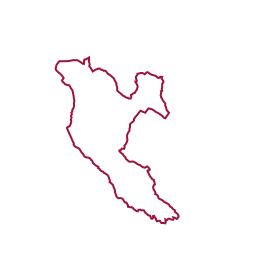 Indiara, Goiás, Brazil (Equal Earth projection), rotated 309°
{"feature_id": "56859067B57981845225789", "entity_name": "Indiara", "entity_type": "district", "adm_level": 2, "iso_a3": "BRA", "parent_name": "Brazil", "parent_adm1": "Goiás", "projection": "equal_earth", "projection_center": [-49.96, -17.208], "detail": "fine", "context": "isolated", "style": "outline", "palette": "rose", "viewbox_px": 256, "rotation_deg": 309, "n_neighbors": 0, "source": "geoboundaries", "source_scale": "gbopen_adm2", "svg_char_len": 4703}
<svg xmlns="http://www.w3.org/2000/svg" viewBox="0 0 256 256"><g transform="rotate(309 128 128)"><path d="M87.9,222.9L88.7,223.4L89.7,223.0L90.8,223.2L91.5,222.7L92.5,220.3L92.3,218.6L92.5,217.0L93.5,216.3L93.3,213.7L93.8,211.9L93.5,210.7L93.8,209.1L94.2,208.1L94.2,206.4L93.9,205.0L93.6,203.6L93.3,202.4L93.5,201.0L93.3,199.2L92.7,196.9L92.9,195.4L93.6,194.5L94.2,193.5L94.2,192.1L93.8,190.7L94.7,190.4L95.3,189.6L96.0,187.8L96.5,186.4L97.1,185.5L98.1,184.6L99.7,184.1L100.9,184.5L101.9,183.3L102.7,182.6L103.1,181.5L104.0,180.7L103.4,179.2L103.9,177.8L104.2,176.0L104.7,174.7L105.2,173.6L106.0,171.9L106.8,170.2L107.7,170.2L108.4,171.1L109.6,170.9L110.2,169.0L110.2,167.1L107.7,166.0L107.1,164.8L106.8,162.9L106.7,161.0L106.3,159.6L105.9,158.1L105.8,156.3L105.5,154.6L105.2,153.1L103.9,151.6L103.0,150.9L102.5,149.3L102.7,147.7L102.6,146.5L103.0,145.1L103.7,144.3L103.7,142.8L104.0,141.6L104.4,140.2L104.3,138.7L104.5,136.0L105.1,135.4L106.2,136.2L107.1,136.2L108.1,136.2L109.4,138.1L110.8,137.6L112.0,136.3L113.5,136.4L115.0,136.2L116.1,136.0L117.4,135.5L118.6,134.9L119.9,133.4L121.9,131.8L123.3,131.3L125.2,130.9L126.9,130.9L128.2,129.7L130.5,128.6L132.1,127.2L134.3,127.4L136.4,128.0L138.0,127.7L138.7,126.9L149.2,126.8L150.7,131.8L153.9,131.6L154.8,131.6L156.1,131.6L156.7,132.7L157.8,135.4L158.0,137.3L158.0,139.7L158.6,141.9L158.8,144.7L159.1,147.3L158.5,149.1L159.1,150.9L165.6,150.3L166.0,148.3L166.3,146.8L167.1,145.7L168.2,144.1L168.9,142.7L169.9,142.2L170.5,141.3L170.9,140.1L171.0,138.9L171.7,137.1L172.4,135.7L172.6,134.6L173.4,133.8L173.9,132.8L175.1,132.2L176.5,131.5L177.4,130.5L178.5,131.1L179.6,129.6L181.0,129.0L183.0,127.5L184.0,126.7L185.4,126.7L186.5,126.3L187.1,124.7L187.8,122.6L189.2,122.3L188.1,120.8L187.0,120.7L186.1,120.3L185.7,118.9L186.0,117.1L185.5,115.8L185.1,114.5L184.5,113.6L183.8,110.8L183.9,108.9L183.3,107.6L181.7,107.4L180.3,107.2L180.0,105.5L179.7,104.3L178.8,103.2L177.6,102.5L176.7,101.9L176.1,101.2L175.2,101.8L174.1,101.9L172.9,101.9L172.1,102.5L171.3,103.4L170.6,104.7L169.7,105.4L168.8,104.5L168.2,105.2L167.9,106.7L167.2,108.1L166.2,109.5L164.6,110.2L163.9,110.5L162.9,110.8L160.7,110.9L159.7,111.2L158.9,110.7L157.9,110.1L156.7,110.1L155.7,109.5L153.9,111.2L152.7,111.5L151.6,110.5L151.3,109.0L150.5,107.5L150.4,105.5L150.0,103.6L150.1,102.0L150.2,99.9L150.1,97.3L150.4,95.9L151.8,94.8L153.1,93.7L153.9,92.1L154.6,91.4L155.4,91.0L155.9,89.6L156.4,88.3L156.9,87.2L157.5,86.3L157.7,84.6L157.8,82.8L157.8,81.0L157.7,79.8L157.5,78.3L157.9,76.4L158.3,74.9L158.0,73.9L157.1,73.0L157.1,71.6L156.4,70.5L156.3,68.7L155.6,67.5L154.5,67.1L153.3,66.3L151.4,65.5L150.6,65.4L149.7,65.0L150.3,63.6L150.8,62.4L151.4,60.2L151.7,58.9L152.9,58.5L153.6,57.8L154.5,56.7L155.3,55.4L156.2,55.1L157.1,54.2L158.2,53.3L157.1,52.9L155.6,52.5L154.4,51.9L153.9,51.1L153.0,51.3L151.9,52.1L151.1,52.7L150.0,53.4L149.4,52.2L149.4,49.7L149.1,47.6L148.8,46.0L147.5,44.4L146.7,43.2L145.7,42.3L145.0,41.7L144.2,40.9L143.5,40.5L142.1,39.2L136.6,32.6L132.1,32.7L129.5,34.0L128.2,34.7L127.7,36.0L127.4,38.7L127.5,41.4L127.0,44.4L126.4,46.5L125.4,46.7L123.6,46.7L122.7,48.1L122.8,49.9L122.4,51.5L123.2,53.8L124.2,55.4L123.7,57.1L122.9,58.6L122.5,60.6L122.0,61.6L120.2,63.7L119.2,64.9L117.5,66.8L116.6,67.6L115.8,68.8L114.4,69.8L112.9,70.6L111.5,72.0L110.3,72.6L109.4,72.9L108.4,73.3L107.0,73.3L105.7,74.4L104.4,74.3L103.2,75.8L101.5,76.1L100.6,77.6L99.1,78.1L98.3,78.4L97.5,79.8L96.2,80.4L94.5,81.0L93.5,81.4L92.1,81.3L90.8,80.5L89.7,80.5L88.7,82.2L82.4,94.4L81.9,95.6L80.9,96.2L80.3,97.9L80.4,99.7L81.0,101.4L81.2,103.5L80.5,105.5L79.8,107.1L79.7,108.8L79.1,110.5L78.4,112.1L78.8,113.8L79.6,115.1L80.3,116.3L80.5,117.7L79.9,119.6L80.1,120.7L79.5,121.7L78.6,122.8L78.9,123.9L78.6,125.6L78.7,127.5L79.2,129.5L78.1,129.9L78.2,131.6L77.8,133.0L77.8,134.6L78.3,136.0L78.0,137.9L78.4,139.0L78.5,140.5L78.5,142.0L77.8,143.7L77.3,144.6L76.5,145.7L75.6,147.3L74.3,147.8L74.5,149.5L74.2,152.3L73.4,153.4L72.8,154.4L71.6,156.7L71.0,157.3L69.9,158.3L69.2,159.5L68.3,161.0L67.5,162.3L67.2,163.4L67.4,164.7L68.7,166.1L69.5,167.7L69.4,169.3L68.6,170.8L68.2,172.7L69.0,173.6L68.8,174.7L68.2,175.6L67.9,176.6L66.8,177.6L67.4,178.6L68.0,180.0L69.0,181.0L68.9,182.2L68.5,183.6L68.7,184.7L68.7,186.0L68.9,187.4L69.5,188.1L71.0,187.6L72.3,189.0L72.2,190.1L73.2,191.0L74.0,192.4L73.1,194.5L73.0,196.6L72.9,198.6L73.7,200.3L73.2,201.6L72.5,202.2L72.5,203.8L73.3,204.2L74.2,203.7L75.4,202.9L76.2,203.6L75.4,205.1L75.1,206.9L74.2,207.7L73.7,209.2L74.8,209.9L75.9,211.1L75.5,212.5L75.2,213.8L76.3,215.0L76.9,216.1L77.4,217.0L78.3,216.7L80.5,214.5L80.8,216.2L81.7,216.3L82.8,216.4L83.6,217.4L84.0,219.1L85.1,220.8L86.5,220.4L87.1,219.5L87.8,221.1L87.9,222.9Z" fill="none" stroke="#9f1239" stroke-width="2"/></g></svg>